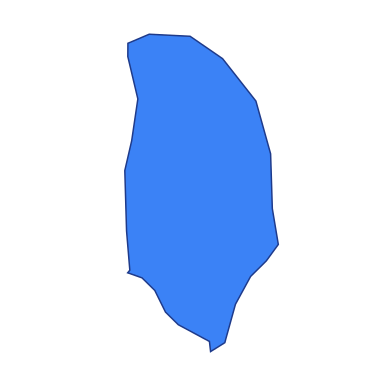 outline of Malmö, Skåne, Sweden, rotated 103°
{"feature_id": "70781695B15028769687560", "entity_name": "Malmö", "entity_type": "district", "adm_level": 2, "iso_a3": "SWE", "parent_name": "Sweden", "parent_adm1": "Skåne", "projection": "natural_earth1", "projection_center": [13.073, 55.586], "detail": "fine", "context": "isolated", "style": "filled", "palette": "blue", "viewbox_px": 384, "rotation_deg": 103, "n_neighbors": 0, "source": "geoboundaries", "source_scale": "gbopen_adm2", "svg_char_len": 488}
<svg xmlns="http://www.w3.org/2000/svg" viewBox="0 0 384 384"><g transform="rotate(103 192 192)"><path d="M285.2,236.5L286.9,221.4L296.3,206.1L315.0,190.8L324.4,175.5L333.7,141.4L343.3,138.0L331.4,126.1L327.6,126.0L291.6,124.4L261.1,115.9L242.4,104.1L223.7,96.1L190.1,110.0L137.1,124.0L89.0,150.2L55.2,192.2L40.7,228.9L47.9,269.2L61.5,287.9L74.5,285.0L113.5,265.7L155.7,262.3L186.2,262.3L244.7,247.0L282.2,235.0L285.2,236.5Z" fill="#3b82f6" stroke="#1e3a8a" stroke-width="1.5"/></g></svg>